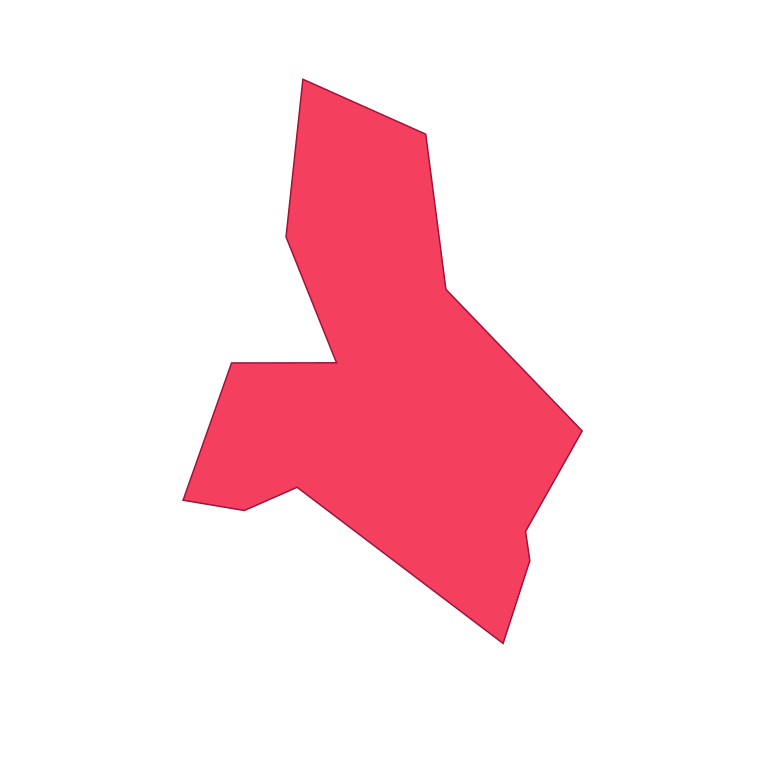 Colonial Heights, Virginia, United States of America (Albers equal-area conic projection), rotated 310°
{"feature_id": "52423323B35608412080263", "entity_name": "Colonial Heights", "entity_type": "district", "adm_level": 2, "iso_a3": "USA", "parent_name": "United States of America", "parent_adm1": "Virginia", "projection": "albers", "projection_center": [-77.399, 37.266], "detail": "fine", "context": "isolated", "style": "filled", "palette": "rose", "viewbox_px": 768, "rotation_deg": 310, "n_neighbors": 0, "source": "geoboundaries", "source_scale": "gbopen_adm2", "svg_char_len": 339}
<svg xmlns="http://www.w3.org/2000/svg" viewBox="0 0 768 768"><g transform="rotate(310 384 384)"><path d="M342.4,609.3L362.1,587.2L475.4,566.0L496.3,370.6L602.2,255.4L565.3,126.0L433.7,214.4L369.7,334.0L302.1,253.7L165.8,304.8L197.3,358.3L249.0,383.8L261.8,642.0L342.4,609.3Z" fill="#f43f5e" stroke="#9f1239" stroke-width="1.5"/></g></svg>